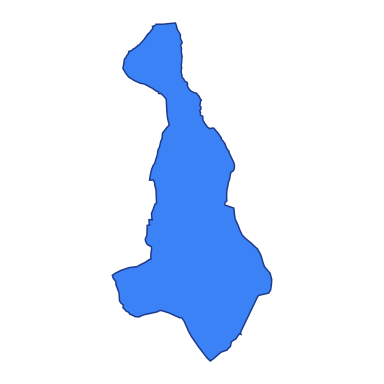 the district of Doguwa, Kano, Nigeria
{"feature_id": "59680162B97563361057366", "entity_name": "Doguwa", "entity_type": "district", "adm_level": 2, "iso_a3": "NGA", "parent_name": "Nigeria", "parent_adm1": "Kano", "projection": "natural_earth1", "projection_center": [8.639, 10.884], "detail": "fine", "context": "isolated", "style": "filled", "palette": "blue", "viewbox_px": 384, "rotation_deg": 0, "n_neighbors": 0, "source": "geoboundaries", "source_scale": "gbopen_adm2", "svg_char_len": 3736}
<svg xmlns="http://www.w3.org/2000/svg" viewBox="0 0 384 384"><path d="M241.0,334.3L240.5,332.3L257.5,296.9L258.7,295.4L268.7,293.1L270.6,290.0L271.4,284.7L271.6,282.0L271.7,279.5L270.1,273.2L268.0,270.9L264.4,266.5L262.8,261.9L261.9,258.6L261.5,256.9L261.3,256.6L260.5,254.4L257.4,248.8L254.8,246.6L251.3,243.2L247.2,239.9L244.8,237.8L244.5,237.4L242.1,234.9L239.4,229.2L238.3,225.8L237.2,223.5L235.1,218.9L234.5,214.3L233.8,208.6L233.8,208.1L225.1,205.1L224.8,204.0L224.9,202.8L225.6,201.9L226.4,201.5L226.7,200.9L226.9,200.3L226.7,198.8L226.6,195.7L226.8,191.0L227.9,185.5L228.5,181.8L229.4,180.0L230.1,175.8L231.0,172.1L232.2,171.6L233.4,170.6L234.2,168.9L234.5,165.8L234.0,163.1L230.8,156.3L229.2,152.9L228.9,151.1L227.7,150.0L226.1,147.1L225.0,143.9L223.1,141.1L221.3,139.2L221.3,137.9L219.4,135.1L217.7,132.7L215.6,130.4L214.0,128.3L213.0,128.0L211.6,128.2L209.4,128.5L207.5,127.1L206.0,125.0L204.7,123.3L203.4,121.0L202.8,119.6L202.9,118.0L202.8,116.6L202.3,115.9L201.3,115.9L200.3,114.7L200.3,113.4L200.6,112.4L199.7,111.1L200.2,110.1L201.0,108.6L200.9,107.0L199.6,105.3L200.1,104.2L200.5,101.6L201.3,99.9L200.3,99.2L199.6,97.4L198.8,95.9L197.7,94.9L196.6,93.2L193.9,92.6L191.6,91.4L189.9,90.1L188.3,87.9L187.2,85.6L187.6,84.5L187.4,83.3L186.8,82.2L184.9,81.3L183.8,79.2L182.2,77.3L181.8,75.6L181.6,73.9L181.1,71.7L181.3,69.9L181.7,67.8L181.3,66.4L181.4,64.6L181.7,61.4L181.8,58.2L182.2,56.5L181.5,53.6L181.3,51.1L181.5,48.2L180.7,45.7L180.9,44.5L181.6,43.8L182.2,42.7L181.6,40.9L180.5,38.9L180.4,37.4L180.4,34.8L179.3,32.7L177.9,30.5L177.0,28.6L176.8,27.3L176.2,25.1L175.4,23.0L161.9,24.3L159.2,24.2L156.8,24.3L156.0,24.2L155.8,25.0L155.3,25.3L154.3,25.9L153.7,25.9L153.0,26.1L152.6,26.5L152.4,26.7L152.6,27.0L152.9,27.2L152.8,28.2L152.3,29.1L151.1,30.6L149.6,32.7L148.1,33.7L147.8,34.4L147.0,35.0L146.2,36.4L143.6,40.1L140.0,43.9L138.5,45.5L137.7,45.5L137.1,46.6L136.2,46.9L135.5,47.9L134.3,48.4L132.9,49.2L132.2,50.3L128.6,51.5L128.9,52.8L128.3,53.5L126.6,56.0L125.8,57.7L124.5,59.0L123.8,63.6L122.9,68.5L125.9,73.5L128.7,77.1L134.8,80.8L138.0,82.2L140.1,83.2L143.9,83.9L145.5,84.6L150.4,87.3L151.9,88.0L156.0,90.9L158.3,91.9L158.5,92.0L158.6,93.4L158.9,93.4L159.3,93.6L159.7,93.6L160.1,93.6L160.6,93.2L161.0,93.5L163.6,96.0L166.0,98.8L166.3,100.6L166.6,107.2L166.9,111.6L167.1,114.1L167.6,118.3L169.2,125.3L167.1,127.2L166.1,128.5L162.5,133.1L162.1,137.8L161.7,139.5L160.7,141.3L160.3,143.6L159.4,147.1L158.0,150.1L157.2,155.3L155.8,159.4L154.9,162.9L153.0,165.9L151.6,169.4L150.8,172.9L150.3,175.3L149.5,180.1L153.5,180.1L154.7,183.0L154.7,184.9L156.0,189.8L156.5,203.0L155.0,204.2L154.1,206.5L153.2,209.4L152.5,211.0L151.8,212.6L151.5,213.8L151.8,218.0L152.1,219.0L152.3,220.0L152.2,220.0L151.2,219.8L150.3,219.5L150.1,219.5L149.4,219.6L149.2,219.7L149.0,219.8L148.8,220.0L149.0,220.8L149.1,221.7L149.0,222.9L149.1,223.1L149.3,223.6L149.4,224.0L149.8,224.9L147.2,225.3L146.9,235.3L145.3,238.9L145.5,241.1L147.1,244.3L148.6,245.3L151.4,246.6L151.6,249.1L151.2,251.6L150.9,253.9L150.8,256.4L150.8,258.1L150.8,259.2L149.6,259.4L145.2,262.3L143.6,263.2L141.6,264.1L139.3,265.3L137.1,266.6L129.1,267.6L120.9,270.4L115.0,273.4L112.3,275.3L113.4,278.6L115.9,281.7L115.9,284.4L119.1,293.2L119.5,300.7L120.7,302.8L123.4,305.1L123.2,306.2L123.0,307.8L124.3,309.0L126.3,311.3L128.4,312.1L129.9,314.2L133.3,315.6L134.4,316.2L135.0,316.6L138.9,317.0L143.3,314.9L155.5,312.3L157.6,311.7L160.2,310.4L163.3,311.1L169.6,313.1L170.0,313.4L174.9,315.6L179.5,317.7L181.6,317.7L184.0,320.9L186.9,327.5L188.9,331.9L191.2,336.2L198.7,347.0L207.1,358.0L210.3,361.0L213.9,358.4L217.5,355.2L220.9,352.2L226.8,350.2L230.5,346.2L231.3,341.8L233.3,340.4L235.7,339.1L239.3,333.8L241.0,334.3Z" fill="#3b82f6" stroke="#1e3a8a" stroke-width="1.5"/></svg>